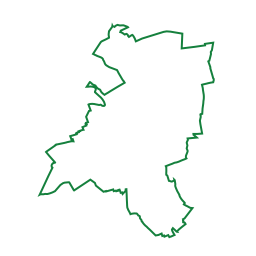 Bradu, Arges, Romania, rotated 189°
{"feature_id": "2599482B70159888613822", "entity_name": "Bradu", "entity_type": "district", "adm_level": 2, "iso_a3": "ROU", "parent_name": "Romania", "parent_adm1": "Arges", "projection": "natural_earth1", "projection_center": [24.915, 44.792], "detail": "fine", "context": "isolated", "style": "outline", "palette": "green", "viewbox_px": 256, "rotation_deg": 189, "n_neighbors": 0, "source": "geoboundaries", "source_scale": "gbopen_adm2", "svg_char_len": 5612}
<svg xmlns="http://www.w3.org/2000/svg" viewBox="0 0 256 256"><g transform="rotate(189 128 128)"><path d="M159.4,226.5L159.4,225.5L161.9,220.6L161.8,217.7L161.6,216.6L161.2,215.5L160.9,214.2L163.7,212.1L165.6,210.8L167.1,209.8L168.0,209.0L168.3,208.6L168.5,208.2L172.3,199.8L174.1,195.7L172.4,195.2L171.7,194.9L171.1,194.8L170.3,194.6L170.0,194.4L168.0,194.0L165.7,193.5L164.5,193.0L163.7,192.4L163.2,191.4L162.1,190.1L161.5,189.1L161.3,188.8L161.0,188.1L160.2,187.2L159.8,186.9L159.2,186.5L156.1,185.2L147.9,183.5L146.9,182.2L145.9,180.8L141.3,175.2L140.1,173.9L139.9,173.9L139.3,173.3L138.5,172.3L138.4,172.2L144.9,166.9L151.3,161.5L153.1,159.9L155.2,158.2L156.4,157.1L158.1,158.0L159.1,158.7L159.6,159.0L160.0,159.4L160.7,160.2L161.1,160.9L161.7,161.5L163.0,161.9L163.8,162.2L164.6,162.7L165.5,163.4L165.8,163.7L166.1,163.9L166.3,164.2L166.5,164.5L166.8,164.8L167.2,164.9L169.4,165.4L169.8,165.6L170.4,165.9L170.8,166.3L171.7,166.8L172.4,167.3L172.8,167.4L173.1,166.9L173.7,165.6L174.2,164.4L174.7,163.4L175.2,162.3L173.2,162.7L172.5,162.9L171.1,163.2L168.7,163.2L167.6,163.0L165.8,162.0L166.0,160.0L166.2,159.2L166.3,158.7L166.2,158.2L164.1,156.8L163.3,156.3L161.5,155.1L160.8,154.7L160.1,154.2L159.7,154.0L157.6,152.2L157.1,151.6L156.3,150.7L155.6,149.8L154.5,147.6L154.4,147.2L154.5,146.7L154.9,146.2L155.3,146.0L156.0,146.0L156.2,145.9L157.1,146.0L157.5,146.2L158.2,146.6L158.5,146.7L158.9,146.7L159.8,146.3L160.1,146.2L160.3,146.2L162.4,146.3L162.9,146.3L165.1,146.4L166.6,146.3L167.8,146.1L169.1,145.8L170.3,145.3L170.7,145.0L169.2,142.3L167.6,139.4L169.2,138.7L171.1,132.5L168.4,127.5L170.2,126.6L169.5,125.4L170.5,125.3L170.3,124.5L169.7,123.8L173.1,121.7L172.4,120.5L172.3,120.3L171.7,119.3L172.1,119.2L175.3,117.6L175.1,117.3L176.4,116.8L176.0,116.1L178.0,115.2L177.6,114.5L177.8,114.4L178.2,114.2L177.9,113.7L182.1,111.7L182.6,111.5L183.8,110.9L182.9,109.4L182.5,108.6L182.1,107.8L180.9,108.4L180.3,107.3L179.8,106.3L180.9,106.2L181.5,106.1L182.5,105.8L186.1,104.4L186.4,104.2L188.8,103.2L195.7,100.6L196.3,100.5L196.6,100.2L196.4,100.1L205.0,91.8L205.2,91.5L201.6,88.3L194.7,82.6L194.8,82.4L195.4,82.8L195.5,82.8L196.0,82.2L195.8,82.0L196.0,81.8L196.9,81.0L197.3,80.4L197.5,79.8L197.6,79.0L197.5,78.5L197.4,78.2L197.2,77.6L196.9,77.4L196.7,77.3L196.4,77.0L199.2,67.9L204.8,48.3L204.0,48.9L201.2,49.3L199.6,49.9L197.2,50.2L195.0,51.2L192.5,52.6L190.2,54.2L185.9,61.1L183.6,63.3L182.1,64.1L178.2,65.1L177.5,65.1L171.7,58.0L171.5,57.9L170.4,58.9L157.1,71.1L152.1,68.6L150.7,66.1L142.2,61.2L139.9,62.3L139.7,61.9L133.0,65.0L132.2,63.4L130.1,64.3L129.7,63.7L127.4,64.7L127.8,65.3L126.7,65.8L125.4,63.6L125.1,62.9L124.7,63.1L124.3,63.0L123.8,63.4L123.0,62.0L121.7,63.9L120.7,65.2L120.6,65.7L120.7,67.1L120.0,67.3L118.9,62.0L117.9,56.9L117.1,53.1L116.7,51.1L116.2,49.2L114.7,46.8L113.7,45.6L112.2,43.5L112.1,43.3L110.9,43.9L108.6,44.6L108.0,44.7L106.1,44.9L105.8,44.8L105.2,44.3L104.6,43.7L104.1,43.2L103.7,43.1L102.9,42.9L102.7,42.8L102.5,42.5L102.3,41.8L102.2,41.2L101.9,40.6L100.4,39.2L100.2,39.0L99.9,38.0L99.0,37.4L99.0,37.2L97.3,35.6L95.6,34.3L94.2,33.5L92.6,32.3L90.6,31.0L83.9,26.2L81.8,26.9L81.2,27.1L78.3,29.0L77.2,26.7L75.6,27.5L75.0,26.4L71.5,28.5L70.1,26.7L68.7,27.5L68.4,27.6L67.2,28.4L65.3,29.6L66.2,30.7L67.2,31.9L67.8,32.8L68.3,33.5L68.7,34.6L68.0,36.1L66.8,35.3L66.1,34.9L63.7,33.2L63.4,33.2L63.5,33.3L62.4,35.0L61.6,36.1L61.1,36.6L60.7,37.1L59.0,39.0L56.1,42.1L56.7,42.9L57.4,43.5L57.8,43.6L58.3,43.4L58.6,43.4L58.8,43.5L58.9,44.1L58.8,44.5L59.2,45.1L59.2,45.3L59.0,45.8L59.4,46.5L58.8,46.9L57.9,47.7L57.7,48.1L51.8,59.0L52.2,59.0L52.4,59.0L52.6,58.9L53.0,58.9L53.3,58.9L53.6,58.9L54.0,58.9L54.4,59.0L55.0,59.2L56.1,59.6L56.6,59.8L57.5,60.1L58.3,60.3L59.1,60.6L59.9,60.9L60.2,61.0L60.9,61.3L60.5,62.3L60.2,62.8L60.4,63.1L62.9,65.0L64.5,66.5L66.1,68.4L66.5,69.2L66.8,69.7L66.8,70.0L69.5,73.4L71.1,75.9L71.9,77.3L72.3,78.2L72.4,79.3L72.5,80.1L73.6,83.5L73.8,83.9L74.1,84.1L73.9,83.6L76.0,82.1L76.3,82.0L76.9,81.9L78.0,82.1L79.3,82.2L79.8,83.2L81.7,87.1L82.4,87.6L82.9,87.8L83.2,89.7L83.3,90.7L83.5,92.1L84.0,95.0L84.7,96.2L80.7,98.5L78.7,99.6L76.7,100.9L76.2,101.1L75.3,101.4L74.7,101.6L73.7,102.1L72.4,102.8L70.4,104.1L69.1,104.9L68.0,105.5L66.8,106.2L65.5,107.1L65.9,107.6L66.2,108.0L66.3,108.4L66.4,109.5L66.3,110.2L65.5,113.8L65.5,114.4L65.5,114.7L66.2,116.0L66.8,116.9L66.8,117.5L66.6,120.0L66.9,120.8L67.4,121.9L67.7,122.7L67.6,123.5L67.0,125.5L67.1,126.0L67.5,127.0L58.6,129.3L60.5,130.5L60.4,130.5L61.5,131.2L61.9,131.6L62.3,132.4L58.1,133.1L53.9,134.1L54.8,136.6L57.1,143.1L58.1,146.4L58.1,147.1L57.9,150.1L58.2,152.0L58.6,152.3L58.5,153.0L56.9,153.6L57.4,158.9L57.5,164.0L57.7,166.4L57.7,168.5L57.8,169.3L58.0,170.9L58.4,172.7L60.0,177.6L60.3,178.7L60.3,178.9L60.5,179.4L61.7,182.3L61.1,182.6L56.9,184.3L56.5,184.5L55.3,185.0L53.2,185.8L51.0,186.5L51.0,186.9L51.0,187.3L50.8,187.9L50.8,188.4L50.9,189.3L51.1,190.0L51.6,190.5L51.9,190.8L52.1,191.5L56.0,199.8L56.2,201.0L59.1,206.4L58.2,207.2L57.6,214.0L58.1,216.0L57.3,218.0L57.2,225.6L65.2,223.1L64.8,221.7L74.8,218.6L87.4,215.0L89.1,229.7L101.3,229.8L102.5,229.7L104.9,229.5L107.9,228.5L127.8,218.7L128.0,218.6L133.8,214.8L134.0,215.1L134.9,216.8L135.8,218.1L136.7,219.2L137.6,220.2L138.4,220.6L139.2,220.0L139.9,219.4L141.3,218.1L142.3,218.9L142.7,219.8L143.4,220.3L143.6,220.5L144.4,220.7L145.9,219.8L147.9,220.8L148.4,221.0L149.8,221.5L150.6,221.5L150.4,223.0L143.7,227.5L143.8,227.6L144.9,228.0L148.4,228.7L149.8,228.5L151.6,228.1L152.1,228.0L153.3,228.1L154.5,228.2L156.1,227.1L156.5,226.7L157.1,225.8L157.4,225.9L158.3,226.0L158.9,226.2L159.2,226.2L159.4,226.5Z" fill="none" stroke="#15803d" stroke-width="2"/></g></svg>